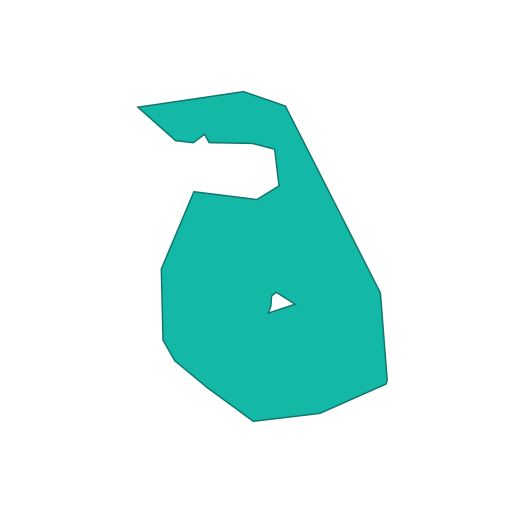 Manassas, Virginia, United States of America (orthographic projection), rotated 120°
{"feature_id": "52423323B4882289186137", "entity_name": "Manassas", "entity_type": "district", "adm_level": 2, "iso_a3": "USA", "parent_name": "United States of America", "parent_adm1": "Virginia", "projection": "orthographic", "projection_center": [-77.487, 38.744], "detail": "fine", "context": "isolated", "style": "filled", "palette": "teal", "viewbox_px": 512, "rotation_deg": 120, "n_neighbors": 0, "source": "geoboundaries", "source_scale": "gbopen_adm2", "svg_char_len": 505}
<svg xmlns="http://www.w3.org/2000/svg" viewBox="0 0 512 512"><g transform="rotate(120 256 256)"><path d="M297.8,80.4L225.8,129.8L111.5,305.5L119.9,349.0L186.2,432.7L196.3,383.3L189.2,366.9L176.2,361.4L181.2,353.2L160.3,315.4L154.2,293.2L183.8,271.1L206.7,283.5L231.4,341.9L314.6,331.5L375.4,294.4L387.3,274.0L394.4,232.1L400.5,175.7L360.3,122.0L301.7,79.3L297.8,80.4ZM277.3,220.4L278.2,198.0L299.3,216.8L292.1,218.0L282.9,222.5L277.3,220.4Z" fill="#14b8a6" stroke="#0f766e" stroke-width="1.5"/></g></svg>